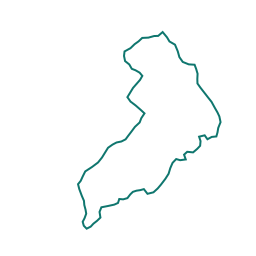 Alvorada, Rio Grande do Sul, Brazil, rotated 147°
{"feature_id": "56859067B1386586306999", "entity_name": "Alvorada", "entity_type": "district", "adm_level": 2, "iso_a3": "BRA", "parent_name": "Brazil", "parent_adm1": "Rio Grande do Sul", "projection": "albers", "projection_center": [-51.03, -30.004], "detail": "fine", "context": "isolated", "style": "outline", "palette": "teal", "viewbox_px": 256, "rotation_deg": 147, "n_neighbors": 0, "source": "geoboundaries", "source_scale": "gbopen_adm2", "svg_char_len": 1416}
<svg xmlns="http://www.w3.org/2000/svg" viewBox="0 0 256 256"><g transform="rotate(147 128 128)"><path d="M217.1,74.0L218.3,70.1L217.5,66.1L213.0,65.6L209.1,66.6L204.6,67.0L199.9,67.9L197.6,73.1L193.5,76.0L187.3,73.5L181.2,71.2L177.2,70.6L174.0,73.2L170.9,70.8L166.7,69.5L162.2,71.1L158.7,71.8L155.0,70.8L151.5,69.2L148.0,68.1L147.5,62.2L141.7,60.2L136.1,61.1L131.4,62.5L124.4,65.0L118.9,67.5L114.4,71.3L109.6,74.5L104.5,75.7L101.8,72.6L96.7,70.2L95.5,75.1L91.3,75.8L86.7,72.1L81.3,72.8L77.2,73.8L74.3,77.5L73.1,82.0L67.7,80.1L67.5,75.3L62.6,74.9L58.5,72.8L55.4,75.5L52.3,78.9L47.2,82.5L45.1,87.9L44.5,92.2L44.2,97.6L43.7,104.4L44.2,109.7L44.9,117.8L45.3,122.6L45.5,127.5L43.2,131.3L40.1,135.6L38.7,140.3L37.7,144.8L42.4,148.3L46.1,153.6L46.3,159.5L44.5,165.2L43.2,172.3L46.1,178.0L45.9,182.8L46.7,189.6L52.5,188.8L56.0,190.9L61.7,192.7L67.0,195.8L72.0,194.9L76.8,194.7L82.4,193.6L89.2,194.1L92.1,190.6L94.0,185.7L92.3,180.6L92.6,175.6L90.3,172.4L88.1,168.1L87.6,163.9L91.7,161.8L101.9,158.9L111.7,154.2L111.5,148.8L109.3,142.7L107.5,136.4L106.2,131.3L111.5,129.0L115.2,126.3L121.5,125.2L127.7,122.9L132.2,121.3L136.2,119.8L140.9,120.3L145.5,122.1L150.0,122.5L155.5,122.3L160.4,120.0L165.9,117.4L171.9,115.4L179.6,114.9L187.5,114.9L192.4,112.0L196.5,109.4L200.5,108.1L202.1,103.4L203.7,96.2L204.6,90.9L206.6,87.2L208.1,82.6L209.7,78.9L213.6,76.0L217.1,74.0Z" fill="none" stroke="#0f766e" stroke-width="2"/></g></svg>